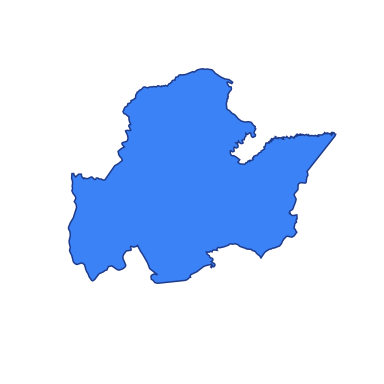 Aketi, Orientale, Democratic Republic of the Congo (Robinson projection), rotated 305°
{"feature_id": "63176286B77771623677962", "entity_name": "Aketi", "entity_type": "district", "adm_level": 2, "iso_a3": "COD", "parent_name": "Democratic Republic of the Congo", "parent_adm1": "Orientale", "projection": "robinson", "projection_center": [24.045, 2.924], "detail": "fine", "context": "isolated", "style": "filled", "palette": "blue", "viewbox_px": 384, "rotation_deg": 305, "n_neighbors": 0, "source": "geoboundaries", "source_scale": "gbopen_adm2", "svg_char_len": 6063}
<svg xmlns="http://www.w3.org/2000/svg" viewBox="0 0 384 384"><g transform="rotate(305 192 192)"><path d="M291.0,123.6L284.6,119.4L281.9,116.4L281.4,115.3L279.9,114.2L278.2,114.4L276.8,112.9L274.5,113.4L274.0,113.9L272.7,112.4L271.5,111.9L270.3,112.4L269.6,111.9L268.6,112.0L267.4,111.1L264.6,111.1L264.1,109.0L262.9,108.6L262.7,107.9L261.3,106.3L260.6,106.4L259.5,103.1L257.7,102.5L256.4,100.1L255.5,99.4L253.7,97.0L251.8,95.9L251.0,93.1L250.0,92.1L246.9,91.7L245.1,90.5L243.7,90.7L242.2,89.8L240.9,90.3L239.5,90.2L236.4,91.9L235.4,91.2L234.3,91.3L233.0,90.2L231.7,89.6L230.7,90.4L229.9,90.3L229.0,90.0L227.7,88.8L226.4,89.2L225.9,89.8L222.8,88.4L218.2,89.4L217.2,91.5L217.8,93.2L217.4,95.0L217.4,97.2L215.2,98.8L213.5,100.8L212.3,103.0L211.8,103.0L211.1,102.1L209.9,102.2L207.5,106.4L207.0,106.3L205.2,103.3L204.1,102.5L203.6,102.8L201.9,106.1L200.1,108.1L199.0,109.0L197.5,109.4L196.6,109.6L195.2,108.9L192.6,106.7L191.7,106.7L191.2,107.1L190.7,108.1L190.1,110.7L186.5,109.0L182.9,108.1L180.5,110.7L179.6,112.8L179.3,114.6L178.0,116.8L173.0,115.4L169.2,113.6L152.0,113.7L151.1,112.9L150.5,110.9L150.6,110.3L149.4,108.4L149.5,107.1L149.1,106.4L148.6,105.6L147.1,105.8L146.4,105.1L146.9,101.4L146.2,100.6L143.3,99.1L141.8,96.6L141.7,95.6L140.8,95.7L141.3,92.9L143.1,91.1L141.7,89.0L137.5,88.0L137.5,87.4L138.1,86.6L138.3,85.4L139.3,84.5L138.2,83.1L134.2,85.5L131.9,88.3L130.8,89.1L128.0,90.5L126.2,92.3L124.2,92.8L122.6,95.4L121.5,98.8L120.6,100.1L119.8,100.6L116.7,101.0L115.6,103.7L114.4,105.2L112.9,106.4L102.7,109.6L96.9,110.0L92.3,111.1L90.8,112.2L89.8,114.4L88.4,115.8L86.1,117.5L81.5,119.3L79.5,121.0L76.8,124.1L74.1,125.1L73.2,126.0L71.1,129.8L66.8,134.8L66.4,136.1L66.3,138.2L66.7,139.4L70.4,142.1L70.9,143.1L70.7,145.8L67.5,149.6L66.3,151.5L65.5,153.6L63.6,156.3L62.0,160.5L62.3,161.6L64.3,162.5L71.6,162.7L75.8,165.2L78.0,165.9L79.2,167.0L83.0,166.3L85.5,168.7L85.5,175.3L86.2,177.1L88.9,179.1L90.7,179.8L92.5,180.2L94.1,179.7L97.9,173.6L99.5,172.4L101.4,171.9L105.2,171.9L106.4,172.3L109.2,175.4L110.2,175.0L111.6,173.2L112.5,173.1L113.4,175.8L116.0,178.0L117.0,178.0L114.0,183.7L112.6,187.5L108.3,196.5L105.0,201.2L104.4,211.3L103.7,209.0L102.6,207.6L100.7,206.7L99.5,206.7L97.2,208.7L97.3,210.9L96.5,213.5L97.4,215.9L98.9,217.8L115.6,237.0L117.6,238.4L120.3,238.9L121.4,239.7L122.4,238.4L124.0,238.6L129.4,241.7L137.5,244.2L139.3,245.3L144.0,249.4L143.5,250.8L142.4,250.1L141.3,250.4L141.3,251.1L142.2,250.7L142.8,252.2L143.6,252.9L145.2,252.8L145.9,252.2L146.2,250.9L145.9,249.6L146.1,247.6L147.2,248.2L148.2,248.2L149.1,247.5L149.3,246.5L148.6,244.3L149.7,242.8L149.9,240.0L151.0,238.2L152.7,240.7L153.7,240.9L154.6,242.8L155.6,242.2L157.1,243.1L158.7,246.2L159.3,245.1L161.5,245.1L162.2,246.7L165.5,249.7L169.3,252.3L171.1,252.8L171.8,253.5L172.3,254.8L174.5,257.3L175.2,259.9L174.9,262.4L176.2,267.1L176.5,267.4L176.6,269.3L179.0,273.5L178.7,274.8L179.6,278.1L178.9,279.7L178.5,282.5L178.6,283.9L177.6,286.3L183.8,286.2L185.7,286.6L189.4,288.2L191.0,289.7L192.2,290.2L193.2,291.4L198.0,294.7L201.0,294.9L203.7,294.3L206.1,294.3L209.6,294.8L210.4,295.4L212.3,299.6L212.8,300.0L214.6,300.8L219.2,300.9L219.5,299.6L220.5,298.3L220.8,296.4L225.1,294.4L227.3,294.9L228.3,293.6L229.1,293.3L230.3,293.5L233.4,291.0L230.6,288.2L230.2,287.1L230.3,285.5L231.1,284.3L230.3,284.2L230.5,283.8L232.3,283.1L235.5,284.4L243.2,282.5L245.9,281.4L248.1,277.4L249.2,276.9L254.7,277.4L258.9,274.7L260.0,274.7L261.9,275.5L264.2,279.6L265.1,280.0L270.2,277.5L271.9,277.5L273.6,276.1L274.6,274.6L275.6,274.5L319.5,277.0L321.7,276.6L321.4,275.4L322.0,274.5L321.4,272.9L320.8,272.3L320.1,272.6L320.4,273.7L318.6,273.8L319.2,271.6L318.6,271.4L317.9,268.7L317.4,268.6L317.1,268.9L316.8,268.3L316.7,266.8L315.9,267.4L315.5,266.5L313.4,265.9L311.2,262.7L310.7,262.6L310.4,263.7L309.6,263.2L309.1,260.4L308.1,260.1L306.7,257.2L305.6,256.6L305.7,254.7L304.9,255.0L304.6,254.4L305.0,252.9L302.8,251.6L303.0,250.8L302.4,249.4L301.9,249.7L301.6,249.4L301.7,247.5L301.0,247.2L300.6,248.1L299.5,247.0L299.3,246.6L299.9,246.0L299.9,245.4L299.2,244.6L298.8,244.6L298.5,245.5L297.7,244.8L297.5,245.5L296.2,244.2L295.3,244.8L294.7,244.7L294.8,243.4L294.3,242.5L294.5,241.7L294.2,241.0L293.7,241.0L292.7,241.7L291.9,241.2L292.0,240.6L291.5,240.0L291.9,237.8L290.9,237.9L290.1,237.0L289.7,235.6L288.0,236.0L287.7,236.6L287.2,235.5L288.4,234.5L287.4,234.0L285.9,231.3L285.1,231.8L284.5,230.5L284.4,229.8L285.4,229.0L285.2,228.4L283.6,229.3L282.8,228.0L281.4,228.3L281.6,227.2L281.4,226.7L280.9,226.6L280.2,227.8L279.9,227.8L279.3,226.5L278.9,226.6L278.6,227.8L277.2,226.2L276.4,227.1L276.0,226.9L275.3,225.2L274.4,224.5L271.3,225.8L270.0,225.1L269.1,226.8L265.1,225.2L264.1,225.6L262.4,224.5L259.3,224.3L258.9,223.5L256.5,222.1L255.6,222.7L255.1,222.3L254.3,222.3L253.9,223.3L253.6,223.4L252.2,222.8L251.1,221.2L250.5,220.9L250.5,221.7L249.8,221.5L249.8,220.5L249.4,220.2L247.7,220.2L246.7,219.3L245.6,219.5L244.9,219.1L242.6,215.3L242.7,212.5L245.8,212.6L246.0,207.9L245.7,205.6L244.7,203.8L244.7,202.9L245.8,201.0L247.7,199.8L248.1,200.0L248.0,201.9L248.9,202.8L249.8,203.1L251.6,201.2L253.1,200.9L253.4,203.1L255.1,203.9L256.5,203.1L257.1,202.1L257.4,199.9L258.4,201.4L260.3,200.9L259.7,202.2L259.7,204.0L260.0,204.8L261.0,205.6L261.6,205.7L263.0,203.4L263.8,203.5L264.7,204.8L266.9,203.9L269.0,204.0L270.9,202.5L270.9,204.3L273.9,205.5L273.9,206.2L271.7,208.8L271.6,209.7L271.7,210.6L273.9,211.8L275.3,211.2L275.7,209.3L276.5,208.5L280.3,208.0L280.5,206.8L281.9,206.3L281.9,204.1L283.0,200.9L282.9,200.0L281.8,197.7L279.7,195.4L278.4,191.6L278.5,187.8L279.7,183.3L279.8,182.0L279.4,179.7L280.2,175.8L279.9,173.7L280.1,172.9L283.8,169.6L285.4,168.8L286.1,168.8L288.2,167.4L289.1,167.9L290.0,166.9L290.9,167.1L292.3,165.4L293.8,165.6L294.9,165.1L297.8,165.5L299.2,165.1L300.5,163.9L299.6,161.9L301.2,158.5L302.2,157.7L302.7,158.3L303.6,162.4L305.0,162.5L305.3,162.1L305.3,157.8L303.5,154.1L302.7,149.4L302.6,142.9L303.6,138.9L303.0,137.1L301.3,133.6L299.8,132.1L299.4,130.5L297.5,128.4L295.0,126.3L291.5,125.0L291.0,123.6Z" fill="#3b82f6" stroke="#1e3a8a" stroke-width="1.5"/></g></svg>